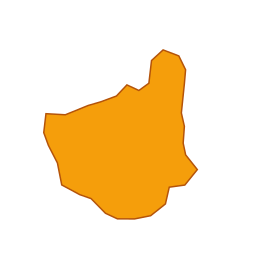 Panagra, Cyprus (Albers equal-area conic projection), rotated 205°
{"feature_id": "46923920B46239783627479", "entity_name": "Panagra", "entity_type": "district", "adm_level": 2, "iso_a3": "CYP", "parent_name": "Cyprus", "parent_adm1": "", "projection": "albers", "projection_center": [33.067, 35.342], "detail": "fine", "context": "isolated", "style": "filled", "palette": "amber", "viewbox_px": 256, "rotation_deg": 205, "n_neighbors": 0, "source": "geoboundaries", "source_scale": "gbopen_adm2", "svg_char_len": 531}
<svg xmlns="http://www.w3.org/2000/svg" viewBox="0 0 256 256"><g transform="rotate(205 128 128)"><path d="M147.2,166.6L152.0,152.1L164.0,140.0L173.6,131.6L190.4,113.5L208.4,106.3L202.4,88.2L192.8,78.6L177.2,66.5L164.0,48.4L143.6,47.2L131.6,48.4L112.4,41.2L99.2,41.2L83.6,48.4L70.4,58.1L62.0,75.0L65.6,91.8L52.4,100.3L47.6,119.6L64.4,128.0L71.6,137.6L77.6,153.3L86.0,164.2L95.6,191.9L100.4,205.1L112.4,214.8L129.2,213.6L135.2,199.1L128.0,177.4L134.0,166.6L147.2,166.6Z" fill="#f59e0b" stroke="#b45309" stroke-width="1.5"/></g></svg>